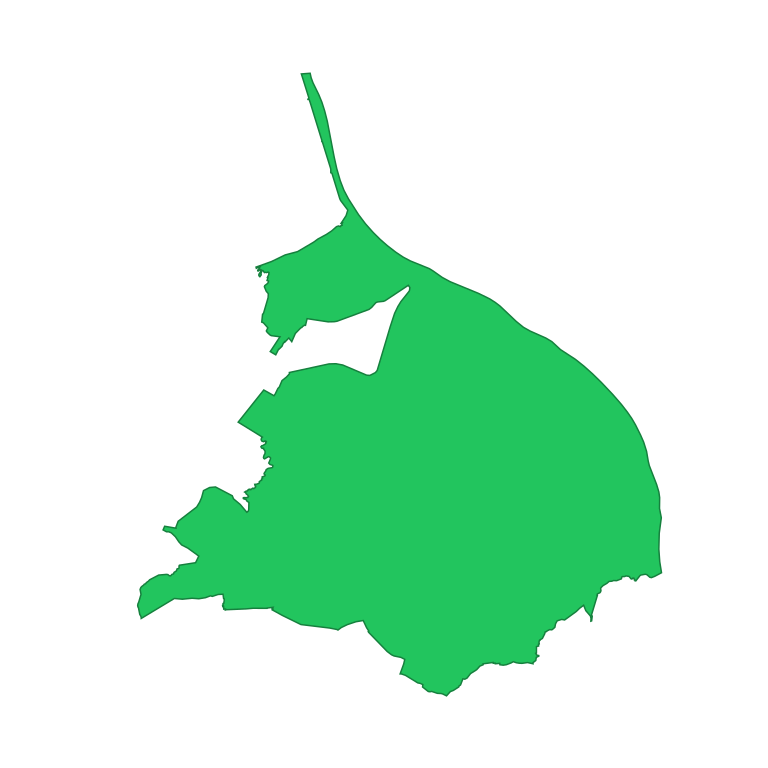 outline of Distrito Especial, Industrial Y Portuario De Barr*, Atlántico, Colombia, rotated 355°
{"feature_id": "7082276B33268622823443", "entity_name": "Distrito Especial, Industrial Y Portuario De Barr*", "entity_type": "district", "adm_level": 2, "iso_a3": "COL", "parent_name": "Colombia", "parent_adm1": "Atlántico", "projection": "albers", "projection_center": [-74.833, 11.01], "detail": "fine", "context": "isolated", "style": "filled", "palette": "green", "viewbox_px": 768, "rotation_deg": 355, "n_neighbors": 0, "source": "geoboundaries", "source_scale": "gbopen_adm2", "svg_char_len": 6159}
<svg xmlns="http://www.w3.org/2000/svg" viewBox="0 0 768 768"><g transform="rotate(355 384 384)"><path d="M644.0,596.2L643.2,585.1L643.4,572.5L645.2,556.6L648.6,541.4L647.6,532.0L648.7,521.2L648.4,515.5L646.8,507.8L641.2,488.5L640.5,483.9L639.7,474.0L637.6,464.5L635.1,457.1L631.0,446.7L627.9,440.1L624.1,433.4L618.7,425.0L611.0,414.4L600.6,401.3L592.6,392.0L584.7,383.6L576.8,376.1L562.8,365.1L554.9,356.4L549.2,352.3L534.2,344.0L527.9,339.7L521.2,333.2L506.4,316.5L501.9,312.4L496.7,308.4L486.1,302.0L458.9,287.9L451.3,282.9L442.8,275.7L439.2,273.0L420.8,263.6L414.2,259.3L407.2,253.7L399.3,246.4L392.7,239.5L386.5,232.2L379.5,222.8L373.3,212.9L364.8,196.6L361.0,187.6L358.1,177.5L355.7,165.3L354.1,153.2L350.4,117.2L348.7,106.8L346.7,97.9L344.2,89.9L339.5,77.7L338.1,72.5L337.5,68.0L328.7,67.9L334.1,92.5L333.9,93.0L332.5,94.0L333.6,93.8L334.3,94.3L335.0,97.1L343.3,135.8L343.2,137.1L343.7,137.4L349.5,164.1L349.7,165.6L349.4,168.9L350.5,169.5L356.1,195.6L356.8,197.5L363.1,207.6L360.9,213.0L355.4,220.0L356.6,219.9L355.9,221.1L356.1,222.2L355.0,222.3L354.4,223.4L352.5,222.6L350.4,223.1L345.1,227.0L339.6,230.0L331.0,233.7L326.2,236.6L309.4,244.6L296.8,246.8L282.6,252.2L266.7,256.4L266.9,257.6L269.5,256.5L270.8,256.4L269.8,257.5L269.8,258.3L269.1,258.5L268.1,259.7L268.1,260.3L268.6,260.5L270.5,258.9L271.7,259.7L270.8,260.4L270.9,261.3L268.9,263.8L268.8,265.2L269.7,266.3L271.2,264.6L271.1,263.3L272.2,260.5L273.3,260.5L274.6,262.6L275.6,262.4L276.9,262.8L278.2,262.4L279.1,262.9L278.7,265.0L277.1,267.7L277.6,268.0L276.5,270.7L277.9,271.3L277.5,272.8L276.6,273.8L273.8,275.6L273.3,276.7L274.8,281.4L276.6,283.9L276.1,287.8L270.4,302.4L269.8,303.5L269.1,303.9L267.6,311.7L269.2,312.5L273.2,317.9L271.4,320.9L272.2,322.4L274.7,325.2L275.9,326.0L284.5,327.9L273.5,341.8L278.7,345.5L282.0,340.2L282.3,340.3L285.7,337.5L287.1,334.8L288.7,333.2L288.9,333.6L293.2,329.9L295.8,333.8L300.1,325.9L305.9,320.9L307.1,320.5L307.9,319.6L310.2,318.4L310.9,318.7L313.1,312.2L333.7,317.2L339.7,317.6L342.6,317.4L375.6,308.4L378.4,306.6L382.9,302.3L384.7,301.7L390.7,301.6L392.4,301.1L416.8,287.8L418.2,290.2L417.6,292.8L417.2,293.7L408.0,303.4L404.6,308.0L400.7,314.6L395.3,327.2L378.4,369.9L376.4,371.9L370.7,374.2L367.5,373.7L344.6,361.5L337.8,359.6L330.9,359.2L290.7,364.3L290.7,365.5L290.4,365.9L287.4,368.6L282.7,371.7L279.5,377.8L277.9,379.2L274.8,384.4L273.4,386.1L263.7,379.5L235.4,409.3L258.2,426.3L257.4,426.9L256.8,428.3L256.8,429.0L257.5,430.4L259.1,431.0L260.5,430.3L261.7,430.9L261.8,431.2L261.0,431.6L261.3,432.5L260.7,433.3L257.8,434.8L256.9,434.8L255.9,435.8L256.5,437.1L257.1,437.5L258.4,437.5L258.4,438.2L259.7,440.6L259.4,442.9L258.3,444.5L257.5,446.6L257.8,447.7L258.5,448.2L262.5,446.3L263.5,446.6L264.5,447.7L264.4,448.7L262.3,452.7L263.4,454.2L266.0,455.3L266.2,455.7L265.9,457.1L265.3,457.6L261.3,457.9L259.2,459.0L258.7,460.2L256.8,462.5L256.7,463.2L257.7,464.3L257.3,465.2L254.6,465.9L254.8,467.0L254.3,467.1L254.2,468.0L253.7,468.2L253.6,469.3L252.8,469.4L251.2,470.5L251.3,471.4L250.8,472.0L248.5,472.7L246.5,472.7L246.8,474.4L247.3,474.6L246.9,475.8L245.2,476.9L244.4,476.3L243.8,476.5L242.1,477.7L241.4,477.1L240.6,477.1L240.2,477.6L239.8,477.3L239.3,477.6L238.6,478.7L237.5,478.6L235.8,479.5L236.9,480.3L237.0,481.3L238.5,482.7L239.3,484.1L238.5,485.1L237.9,484.9L237.4,485.4L235.5,485.0L234.0,485.0L233.8,485.4L234.0,486.0L236.6,487.2L237.3,488.8L239.1,490.2L238.3,497.2L237.8,498.7L236.4,499.7L236.5,500.3L230.3,491.5L224.1,485.3L223.1,482.1L207.2,471.9L201.3,471.9L194.9,474.5L192.4,481.3L190.0,485.7L186.7,490.2L167.0,502.8L164.2,508.6L164.2,509.5L153.1,506.6L151.2,510.1L154.5,512.3L156.8,512.5L159.2,513.8L162.9,518.0L165.9,523.4L168.4,526.7L174.3,530.4L184.5,539.3L180.7,545.6L164.4,546.7L163.9,547.5L163.9,548.8L163.4,549.9L161.8,550.1L160.9,552.1L158.4,553.4L157.8,554.8L156.1,555.2L154.8,556.5L153.4,556.3L152.1,555.0L150.7,554.7L142.9,554.7L133.5,558.6L132.1,559.9L130.0,561.1L129.0,562.3L127.8,562.5L127.0,563.4L124.9,564.7L124.0,565.6L123.1,567.4L123.6,572.4L120.7,579.8L119.7,581.6L119.3,583.3L119.5,584.8L119.9,585.5L120.6,592.2L121.7,594.6L121.7,596.4L156.4,579.4L164.4,580.8L174.1,580.7L180.8,581.8L187.6,581.3L192.6,579.9L194.5,580.6L200.4,579.2L205.3,579.4L205.5,583.8L206.0,583.9L206.1,585.0L205.3,588.4L204.6,588.6L204.4,589.0L204.5,590.1L203.9,590.4L204.0,591.7L204.8,591.6L204.7,594.3L206.5,594.4L206.3,595.3L207.1,595.1L227.1,596.0L234.1,596.0L248.0,597.3L248.1,597.0L253.9,596.8L253.0,597.9L253.8,598.5L252.9,599.2L262.6,605.7L280.3,616.4L308.7,622.4L315.9,624.5L316.7,625.1L320.2,622.9L326.5,620.5L335.3,618.4L342.7,617.8L345.4,625.2L347.3,628.8L346.7,629.3L347.1,630.1L363.9,650.8L367.9,654.4L370.3,655.8L377.0,657.8L380.7,660.1L379.2,664.7L374.8,674.2L376.2,674.4L380.0,676.1L391.6,684.7L394.0,685.4L396.5,686.8L396.0,689.2L401.3,694.2L403.0,694.6L404.7,694.4L410.2,696.8L413.8,697.3L415.3,697.8L419.1,700.1L423.3,696.2L426.4,695.3L432.1,692.3L432.4,691.4L434.0,690.5L436.9,684.6L438.8,685.1L441.1,684.2L445.0,680.0L451.4,676.7L454.9,673.4L458.3,672.3L458.3,671.4L468.5,670.9L468.5,671.7L470.3,671.7L470.4,672.4L475.0,672.4L475.0,673.8L478.3,674.5L481.4,674.3L486.4,672.9L488.6,671.9L491.5,673.2L494.3,673.9L497.1,674.3L502.7,674.0L508.1,675.7L508.1,674.6L511.1,672.7L511.9,669.6L514.5,668.6L514.5,668.0L512.6,667.4L511.6,665.5L512.4,665.3L513.0,658.9L515.2,658.5L515.2,656.7L516.0,656.5L515.9,654.6L516.3,653.4L517.0,653.0L516.9,652.6L519.6,651.3L522.3,646.9L523.0,645.0L524.3,644.8L525.1,644.1L527.7,643.1L529.3,643.5L530.3,643.3L533.0,641.3L534.0,637.8L535.9,635.0L540.5,634.0L543.4,634.8L555.7,627.4L559.4,624.4L563.6,621.8L565.3,627.4L569.4,633.1L569.8,635.5L569.4,638.3L570.2,638.1L571.2,633.4L570.6,632.1L578.1,613.3L577.8,613.1L578.3,611.7L580.8,610.8L581.5,610.1L582.1,608.9L582.0,606.5L582.5,605.7L584.7,603.9L588.7,602.0L591.0,600.3L593.8,600.3L595.5,599.8L598.6,600.2L603.5,598.8L604.1,597.0L604.7,596.6L606.7,596.8L608.4,596.3L611.3,597.0L613.3,599.8L614.2,599.8L615.1,599.0L616.1,599.3L616.3,601.0L616.9,601.1L616.9,601.9L617.7,602.1L622.4,597.1L623.3,596.7L627.8,596.3L629.3,596.9L632.0,599.7L633.5,600.2L636.9,599.2L644.0,596.2Z" fill="#22c55e" stroke="#15803d" stroke-width="1.5"/></g></svg>